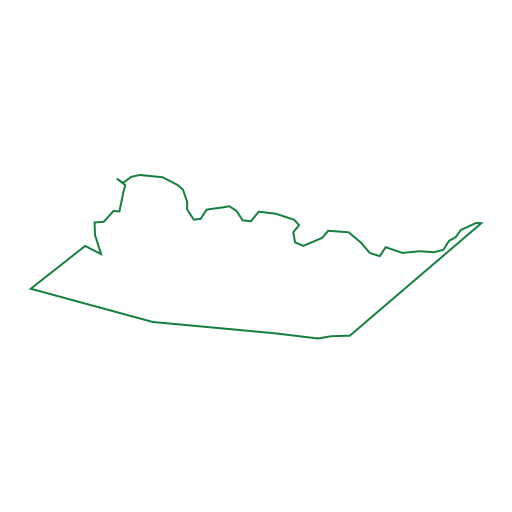 outline of Umatac, Guam, rotated 116°
{"feature_id": "77769853B97114790292533", "entity_name": "Umatac", "entity_type": "district", "adm_level": 2, "iso_a3": "GUM", "parent_name": "Guam", "parent_adm1": "", "projection": "equal_earth", "projection_center": [144.66, 13.31], "detail": "fine", "context": "isolated", "style": "outline", "palette": "green", "viewbox_px": 512, "rotation_deg": 116, "n_neighbors": 0, "source": "geoboundaries", "source_scale": "gbopen_adm2", "svg_char_len": 890}
<svg xmlns="http://www.w3.org/2000/svg" viewBox="0 0 512 512"><g transform="rotate(116 256 256)"><path d="M127.8,67.9L129.9,72.7L142.8,83.3L151.6,84.8L157.7,89.1L168.3,90.3L174.6,97.7L180.1,111.2L189.1,125.9L191.2,143.3L201.9,144.7L203.4,154.9L197.9,167.8L194.1,183.2L201.7,202.2L210.6,204.4L226.1,217.9L226.6,226.9L218.3,232.9L209.4,230.8L206.7,237.4L209.3,256.6L215.0,273.0L227.0,275.8L229.8,283.6L225.0,291.7L224.0,293.4L223.0,301.9L227.2,307.6L232.4,315.5L236.0,320.7L247.0,322.1L250.6,327.9L244.3,338.4L237.8,341.4L228.4,350.7L226.5,357.9L226.2,374.6L234.2,396.1L239.5,402.8L248.6,407.6L247.5,415.0L249.6,404.6L256.2,403.3L275.8,398.3L278.0,403.8L292.1,407.9L296.6,415.8L307.6,410.0L322.2,396.1L321.9,414.0L347.4,426.3L368.4,436.5L384.2,444.1L360.6,319.9L317.0,204.6L303.0,164.2L295.3,153.5L289.2,142.0L286.6,136.8L127.8,67.9Z" fill="none" stroke="#15803d" stroke-width="2"/></g></svg>